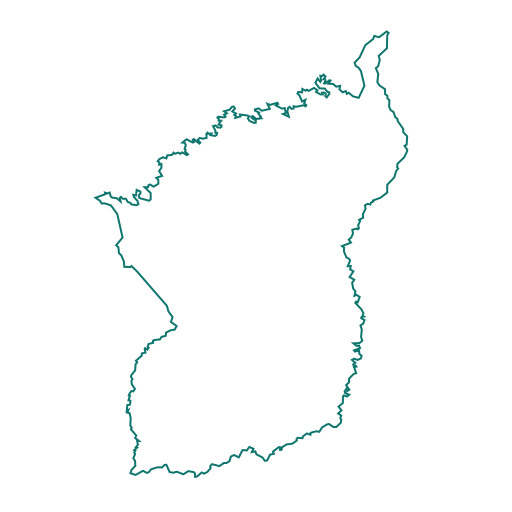 Ponte Alta do Tocantins, Tocantins, Brazil (orthographic projection), rotated 267°
{"feature_id": "56859067B20194373931843", "entity_name": "Ponte Alta do Tocantins", "entity_type": "district", "adm_level": 2, "iso_a3": "BRA", "parent_name": "Brazil", "parent_adm1": "Tocantins", "projection": "orthographic", "projection_center": [-47.257, -10.753], "detail": "fine", "context": "isolated", "style": "outline", "palette": "teal", "viewbox_px": 512, "rotation_deg": 267, "n_neighbors": 0, "source": "geoboundaries", "source_scale": "gbopen_adm2", "svg_char_len": 6074}
<svg xmlns="http://www.w3.org/2000/svg" viewBox="0 0 512 512"><g transform="rotate(267 256 256)"><path d="M471.8,400.1L473.4,398.3L468.0,390.3L469.6,385.7L466.6,384.4L460.8,376.2L448.8,369.8L443.9,364.6L440.5,365.6L438.8,368.2L435.1,370.5L420.3,373.2L408.6,366.8L410.3,361.3L414.2,357.1L413.2,355.2L416.0,354.3L414.9,351.1L418.0,348.1L421.5,348.9L420.9,345.0L423.8,342.0L424.2,337.3L427.3,339.6L427.7,338.5L424.6,334.2L424.9,333.0L427.4,334.5L428.9,334.2L429.0,332.8L431.6,334.8L433.6,333.0L432.2,331.5L432.6,329.7L427.7,330.2L426.5,329.3L430.0,326.8L425.9,324.4L420.1,328.2L419.6,333.5L416.1,335.9L415.7,337.7L414.1,337.7L410.7,334.9L412.0,333.6L414.2,334.1L415.5,333.1L415.7,330.5L413.9,331.1L414.0,328.8L416.7,324.5L418.2,326.0L420.8,322.8L418.1,317.0L419.4,315.6L418.5,314.2L420.4,311.0L417.0,310.6L417.6,306.7L416.0,305.9L414.2,307.8L407.9,310.1L409.4,313.5L405.9,312.1L404.0,314.1L402.9,313.4L404.0,311.1L402.9,303.8L403.6,301.5L401.3,301.3L401.1,299.2L403.2,297.3L402.1,295.8L398.9,294.9L393.3,296.1L396.4,290.4L397.2,293.3L402.2,292.4L401.8,289.7L405.3,283.7L406.7,286.0L407.9,285.4L406.2,278.1L407.4,275.3L402.2,277.5L400.8,269.5L403.3,266.3L402.4,262.5L401.2,262.6L399.1,266.7L398.0,265.8L394.8,268.3L393.9,267.1L393.2,268.1L392.8,263.4L395.9,260.1L395.4,258.8L394.2,258.8L391.3,262.9L389.1,262.7L389.0,261.0L391.2,256.6L393.7,255.1L395.9,256.5L396.9,254.2L398.1,247.4L396.2,247.9L395.0,242.5L397.1,243.2L398.1,241.7L399.4,243.4L401.6,239.9L404.3,242.7L406.4,241.6L406.4,240.0L403.4,237.2L402.2,231.7L400.0,234.4L398.8,231.5L396.7,232.9L396.0,231.5L397.1,225.7L396.2,224.7L394.6,226.1L393.1,225.8L392.9,228.2L389.2,225.5L388.3,228.4L386.7,228.2L386.0,226.7L386.5,224.2L388.5,222.5L387.9,219.9L383.3,222.0L381.1,221.9L381.0,223.6L379.0,223.1L378.0,221.3L379.1,216.9L380.7,217.9L380.5,214.8L381.7,214.1L380.7,212.9L376.5,212.8L375.9,209.3L376.8,205.9L374.9,203.8L372.2,206.3L371.2,205.3L376.1,199.9L375.3,198.9L373.0,200.1L372.6,198.7L376.2,192.7L373.1,188.5L372.7,190.7L370.3,191.7L366.6,190.3L365.8,191.2L364.0,190.7L361.1,193.4L360.3,192.3L363.4,187.7L362.0,185.9L363.3,183.7L362.3,180.1L363.5,179.1L361.3,177.2L361.1,172.6L358.1,171.6L359.5,168.3L357.8,164.5L355.7,162.8L354.3,164.5L352.3,164.0L352.7,166.4L349.0,166.1L345.9,163.7L340.9,166.4L339.3,160.5L337.2,162.4L333.3,162.3L330.6,157.4L333.0,154.0L332.3,152.3L330.4,151.9L330.5,148.4L324.4,154.1L318.0,153.8L316.8,152.1L320.0,142.5L322.7,142.1L324.6,143.9L326.4,143.9L328.2,140.3L322.8,139.3L323.5,136.7L321.3,137.2L317.4,140.4L314.0,141.3L313.0,139.4L314.0,134.3L315.6,133.4L316.7,130.7L320.0,129.1L320.1,126.1L322.1,124.2L321.2,123.0L317.5,123.6L321.0,119.9L321.8,115.4L323.2,114.0L327.0,113.2L326.3,111.2L327.2,108.6L325.7,109.0L322.6,98.8L319.5,102.9L316.5,104.7L316.4,108.0L314.1,113.8L305.1,119.7L281.4,123.7L274.0,116.9L272.0,119.0L266.1,119.3L263.7,121.5L257.4,123.8L252.1,123.9L251.5,130.0L252.5,131.1L246.8,136.4L210.9,164.4L205.4,165.6L199.4,169.5L194.6,167.6L190.2,173.1L186.7,170.9L186.5,167.5L184.3,162.2L181.0,161.7L180.2,157.5L177.7,155.6L177.4,150.1L176.7,148.6L174.7,148.8L173.8,144.1L171.0,143.1L170.1,144.0L168.2,142.6L169.8,140.5L168.9,139.9L165.3,140.6L164.7,137.0L162.3,136.5L157.7,130.6L156.1,131.8L154.2,130.1L148.1,129.3L143.7,125.4L142.0,124.8L139.5,126.2L137.6,125.0L134.3,125.3L129.6,128.2L127.3,126.4L127.6,124.4L124.9,122.3L123.4,121.7L123.0,122.8L118.6,121.1L118.1,123.0L116.1,122.8L114.1,122.2L113.9,119.7L107.8,118.8L108.8,120.4L106.4,119.2L105.8,121.4L101.0,122.4L93.4,121.6L90.9,122.9L89.5,122.0L83.0,127.0L80.5,125.8L77.5,129.4L77.6,127.6L73.7,128.2L71.3,126.0L70.8,127.2L68.5,124.2L67.8,125.3L66.1,124.1L64.6,124.9L60.5,122.9L57.7,124.5L52.7,124.5L49.0,120.5L45.6,119.3L43.7,124.3L47.4,131.9L45.2,135.5L45.5,137.4L48.5,140.1L50.2,146.8L49.7,151.0L52.1,153.7L52.2,155.6L44.8,158.4L43.9,162.0L44.7,165.8L41.8,172.0L44.7,177.1L43.4,182.5L42.3,183.6L38.6,183.7L39.0,185.8L42.7,190.5L41.4,192.8L42.9,196.1L46.4,199.5L48.6,199.3L50.4,201.3L48.1,208.4L51.0,213.1L50.8,215.6L52.5,218.8L57.0,220.4L58.4,223.7L55.8,228.3L62.9,232.4L62.3,236.6L65.6,239.3L63.6,243.4L60.4,241.6L60.9,245.1L57.9,246.1L54.4,252.0L51.0,254.1L51.3,256.5L56.9,259.6L57.6,263.5L59.8,262.7L64.0,268.9L63.7,270.2L61.2,269.7L61.0,271.1L63.8,272.3L66.2,276.6L66.7,282.5L69.5,287.0L71.4,287.0L72.3,288.3L71.6,292.9L73.4,293.5L76.1,297.4L74.7,301.0L76.4,301.2L76.9,302.6L77.8,307.0L77.1,310.0L81.3,312.9L84.1,318.1L84.4,320.1L81.2,324.3L81.0,327.2L85.0,331.9L88.1,332.6L89.6,331.6L92.2,332.8L94.4,329.8L97.4,333.3L101.2,330.5L104.6,335.0L111.2,335.5L112.2,336.4L110.9,339.5L112.6,341.8L114.5,337.8L116.0,337.4L118.5,339.2L116.3,339.9L117.6,342.2L122.3,339.2L125.0,342.3L128.3,342.4L129.7,343.6L133.0,347.3L133.7,349.9L142.6,347.4L144.2,349.6L147.2,346.4L148.3,348.7L146.9,352.1L148.2,355.3L149.5,355.9L150.9,356.2L152.8,354.1L156.1,354.0L155.4,349.8L156.6,348.9L158.6,355.1L161.1,354.2L161.0,351.6L163.7,348.7L163.6,354.7L165.8,357.7L169.6,356.7L177.2,357.8L181.2,356.7L182.9,359.6L186.4,361.0L188.4,357.8L189.5,358.2L189.9,360.5L190.7,359.2L193.2,360.3L197.4,358.3L204.0,352.7L205.2,353.6L204.4,355.1L209.7,357.4L212.0,354.2L211.1,352.3L215.5,353.4L218.5,351.3L224.3,350.6L227.1,352.9L230.1,348.4L235.6,352.5L237.7,349.3L241.0,350.1L241.0,347.1L246.4,349.7L248.0,349.2L249.9,346.2L255.9,344.1L259.8,344.4L261.4,342.4L264.4,351.5L267.5,349.5L269.6,352.1L273.2,354.0L277.2,353.6L278.1,358.1L277.3,358.9L278.3,360.2L281.3,359.6L285.4,361.8L286.7,360.8L288.6,365.0L292.0,364.9L297.5,367.9L300.9,367.5L302.2,370.0L301.5,372.9L303.2,373.5L304.3,376.0L305.3,375.8L307.6,383.2L312.4,390.3L320.3,390.8L327.1,398.1L333.6,400.5L336.0,402.6L337.3,401.6L340.7,402.1L346.7,409.1L352.7,412.4L354.2,412.6L358.2,410.1L359.4,412.3L367.6,413.2L372.0,409.5L375.1,409.7L383.3,404.6L385.7,404.3L387.3,402.4L392.5,400.9L394.8,398.0L398.5,396.7L404.6,397.4L406.4,395.6L409.2,395.5L410.9,393.4L415.8,393.6L419.9,388.2L423.3,386.3L431.5,387.6L437.3,385.5L439.1,387.9L445.4,389.9L449.4,389.0L456.6,397.6L469.5,398.6L471.8,400.1ZM140.2,348.8L140.3,350.4L141.3,349.7L140.2,348.8Z" fill="none" stroke="#0f766e" stroke-width="2"/></g></svg>